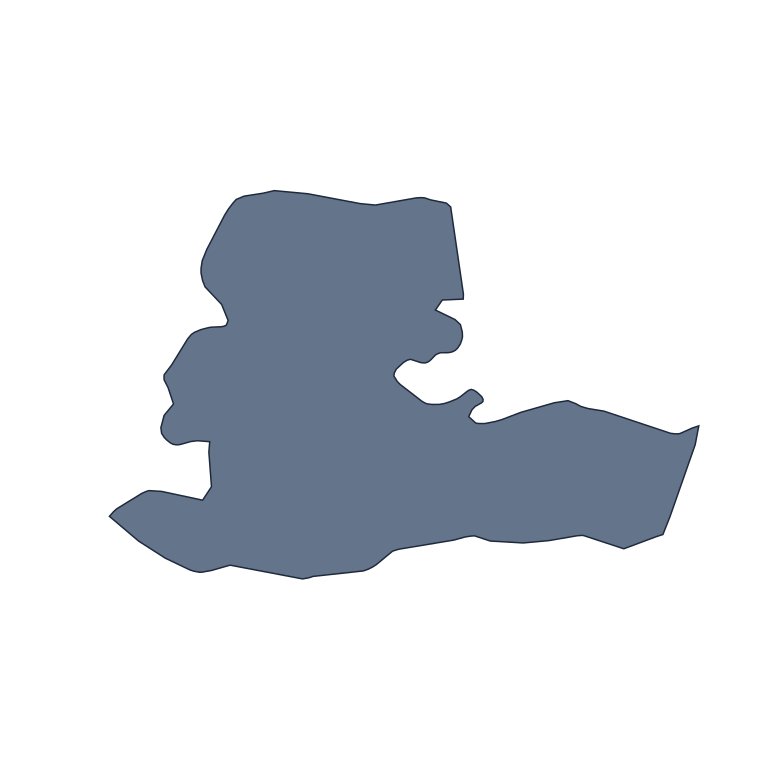 the border of Suchitepéquez, rotated 257°
{"feature_id": "GTM-1952", "entity_name": "Suchitepéquez", "entity_type": "Department", "adm_level": 1, "iso_a3": "GTM", "parent_name": "Guatemala", "parent_adm1": "", "projection": "robinson", "projection_center": [-91.398, 14.394], "detail": "fine", "context": "isolated", "style": "filled", "palette": "slate", "viewbox_px": 768, "rotation_deg": 257, "n_neighbors": 0, "source": "natural_earth", "source_scale": "10m", "svg_char_len": 2196}
<svg xmlns="http://www.w3.org/2000/svg" viewBox="0 0 768 768"><g transform="rotate(257 384 384)"><path d="M254.9,673.6L190.7,633.0L174.6,621.9L174.0,614.9L169.5,580.6L191.0,545.1L191.9,543.2L192.7,537.8L194.3,509.5L197.8,483.9L207.1,452.2L215.7,438.0L216.3,434.1L216.7,428.5L216.2,417.0L219.7,361.1L219.2,354.7L209.7,335.8L208.2,331.5L207.1,327.0L206.5,321.9L212.5,271.5L212.2,269.0L212.1,266.2L212.4,260.8L242.1,193.3L241.7,184.9L241.1,173.9L241.6,164.3L242.1,161.8L244.4,156.6L246.4,153.2L263.4,131.8L286.1,109.6L316.8,86.7L320.4,91.7L322.6,95.7L331.9,123.4L332.8,128.1L333.0,131.0L329.4,143.1L311.6,181.1L322.7,192.8L356.9,198.0L367.0,201.2L370.7,189.4L371.4,182.8L370.9,171.9L371.1,169.4L371.8,167.0L372.9,164.6L375.0,162.3L378.6,159.5L381.3,157.9L385.9,156.2L391.7,156.8L402.9,162.7L411.5,173.9L412.1,174.4L429.0,172.8L437.5,170.7L440.3,171.2L442.5,171.9L450.3,181.3L472.2,202.9L475.6,207.4L477.0,211.0L478.2,218.0L478.4,226.0L478.2,228.6L476.4,238.3L476.3,240.9L476.7,243.4L478.9,245.1L481.1,246.4L498.0,243.7L518.9,231.5L525.6,230.5L533.3,230.7L537.7,231.7L545.0,234.6L555.0,241.6L584.3,266.6L589.6,271.9L594.4,277.7L597.1,281.6L598.5,290.0L597.1,309.3L597.1,320.6L586.5,352.6L565.2,401.2L560.3,415.8L558.1,457.1L557.3,461.9L556.3,465.3L552.9,470.9L546.2,485.5L541.5,488.8L453.7,481.6L448.9,480.3L452.7,459.7L444.5,450.7L430.8,467.7L424.7,471.8L417.2,472.0L412.3,471.1L409.4,469.7L405.6,467.2L402.4,463.8L400.8,461.1L400.1,458.5L399.9,456.0L400.1,453.5L401.7,446.3L401.5,443.6L400.8,440.8L397.1,435.2L396.0,433.0L395.4,431.0L395.3,428.7L395.9,426.4L396.7,424.4L402.1,415.4L402.0,412.1L400.6,407.8L395.8,399.4L392.5,396.6L389.6,395.4L383.5,397.5L380.0,399.6L358.5,417.2L355.8,420.2L354.8,422.0L353.3,426.1L351.7,433.3L351.4,438.6L351.9,444.1L353.1,451.6L354.6,455.9L358.2,463.5L358.9,465.5L359.1,467.8L357.6,470.3L355.1,472.7L349.8,476.3L346.7,477.1L344.6,476.4L343.6,474.5L341.7,467.9L339.1,463.9L333.1,459.2L325.3,464.6L324.2,467.4L322.8,473.3L322.4,483.8L322.8,490.7L325.6,511.0L327.4,545.6L326.4,559.5L321.7,566.4L317.8,570.8L314.2,577.3L308.1,592.2L271.5,652.1L269.8,656.9L269.1,660.9L271.7,674.2L272.4,681.3L254.9,673.6Z" fill="#64748b" stroke="#1e293b" stroke-width="1.5"/></g></svg>